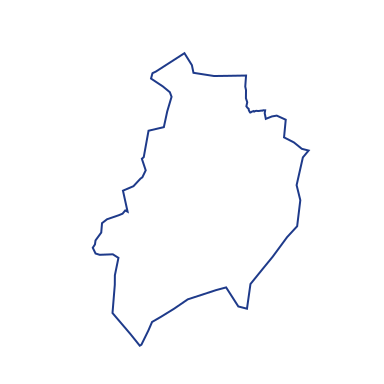 Iwo, Osun, Nigeria, rotated 245°
{"feature_id": "59680162B23671729796425", "entity_name": "Iwo", "entity_type": "district", "adm_level": 2, "iso_a3": "NGA", "parent_name": "Nigeria", "parent_adm1": "Osun", "projection": "robinson", "projection_center": [4.161, 7.675], "detail": "fine", "context": "isolated", "style": "outline", "palette": "blue", "viewbox_px": 384, "rotation_deg": 245, "n_neighbors": 0, "source": "geoboundaries", "source_scale": "gbopen_adm2", "svg_char_len": 1275}
<svg xmlns="http://www.w3.org/2000/svg" viewBox="0 0 384 384"><g transform="rotate(245 192 192)"><path d="M321.0,243.8L316.4,210.0L316.4,206.7L316.3,206.3L312.1,202.8L300.0,210.2L291.8,214.1L286.9,213.7L275.5,203.6L271.8,200.8L262.7,193.9L265.9,178.5L244.0,163.0L243.3,160.6L231.2,159.2L226.3,153.2L225.9,151.0L224.2,146.8L222.0,141.4L222.4,130.0L201.4,125.3L203.5,123.7L201.7,119.9L201.9,115.7L203.2,103.5L201.8,97.3L193.6,92.6L188.9,84.1L185.5,81.9L183.4,78.5L177.0,78.6L174.1,81.8L169.0,93.9L163.4,97.5L149.1,86.9L140.5,82.8L115.9,68.8L89.5,76.1L74.8,79.7L75.0,81.6L84.8,93.8L91.1,100.9L92.0,111.1L93.8,126.5L96.5,142.8L92.9,172.4L91.1,182.6L68.7,185.6L63.0,192.5L83.9,206.1L93.3,225.4L99.2,237.7L110.9,259.1L115.7,270.8L116.5,272.8L138.8,286.7L154.0,289.7L176.5,307.1L180.3,315.2L184.7,309.8L193.9,305.3L202.6,298.5L217.9,307.5L225.4,301.1L226.7,296.4L227.1,289.8L232.7,291.2L235.1,292.8L236.0,291.0L236.0,290.0L236.5,289.2L237.0,287.4L237.4,286.2L238.4,284.6L238.6,283.6L238.6,282.3L239.3,282.1L239.5,280.3L239.3,278.6L239.6,278.2L241.1,278.1L242.4,278.1L243.4,278.5L245.1,277.8L246.7,277.5L250.0,280.0L254.2,280.5L261.5,284.0L265.0,284.8L274.7,290.2L282.3,273.2L287.8,261.0L299.4,243.7L307.0,245.5L321.0,243.8Z" fill="none" stroke="#1e3a8a" stroke-width="2"/></g></svg>